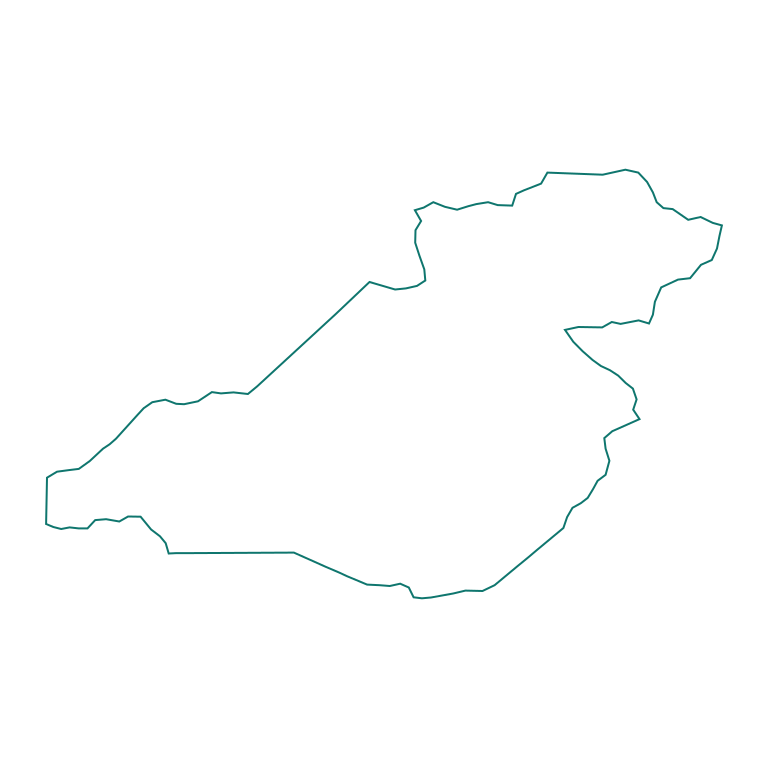 the district of Três Coroas, Rio Grande do Sul, Brazil
{"feature_id": "56859067B74226062291931", "entity_name": "Três Coroas", "entity_type": "district", "adm_level": 2, "iso_a3": "BRA", "parent_name": "Brazil", "parent_adm1": "Rio Grande do Sul", "projection": "robinson", "projection_center": [-50.767, -29.471], "detail": "fine", "context": "isolated", "style": "outline", "palette": "teal", "viewbox_px": 768, "rotation_deg": 0, "n_neighbors": 0, "source": "geoboundaries", "source_scale": "gbopen_adm2", "svg_char_len": 1711}
<svg xmlns="http://www.w3.org/2000/svg" viewBox="0 0 768 768"><path d="M369.5,282.0L336.1,313.7L257.0,386.5L247.9,394.0L233.5,392.4L221.0,393.4L211.9,392.1L198.0,401.3L184.1,404.2L176.2,403.8L165.4,399.7L152.3,402.2L143.7,408.2L137.7,414.7L116.0,438.7L109.6,444.3L103.0,448.7L89.8,461.0L78.8,468.9L68.2,470.2L57.0,471.7L47.0,477.7L46.1,524.0L53.3,527.0L61.2,529.0L69.6,527.4L78.7,528.4L87.5,528.4L95.2,520.1L106.1,519.2L119.3,521.5L128.1,516.5L140.6,516.7L151.1,529.5L160.0,536.3L165.7,543.2L168.7,553.5L176.7,553.1L193.8,553.1L293.9,552.6L325.7,566.8L339.5,572.7L347.0,576.2L367.1,584.6L379.6,585.2L389.8,586.0L400.2,583.7L408.8,587.5L413.6,597.3L421.9,598.3L431.0,597.5L453.2,593.5L465.4,590.6L482.5,591.0L494.6,585.2L517.7,566.0L528.2,557.4L537.3,549.7L563.4,528.0L567.1,517.1L572.5,507.8L580.8,503.2L587.7,497.9L593.1,489.0L597.6,480.8L605.6,474.8L609.4,460.8L605.6,448.7L604.3,438.1L612.3,431.2L639.5,419.1L633.2,409.7L636.6,399.4L632.9,388.6L625.7,383.0L618.2,375.6L609.9,370.2L600.9,366.0L592.6,360.0L582.6,351.2L573.3,341.8L565.0,329.9L578.4,327.0L602.2,327.4L611.8,322.0L620.6,323.9L638.6,320.4L649.0,323.5L652.9,314.7L654.9,301.8L661.2,287.4L678.0,279.6L690.1,278.2L701.0,264.8L711.8,260.0L717.0,248.5L719.5,235.8L721.9,225.4L712.8,222.9L700.6,217.0L688.2,219.8L672.7,209.1L663.4,208.1L656.7,202.2L652.9,192.4L647.1,182.0L638.3,172.6L625.4,169.7L602.7,174.7L547.4,172.6L541.1,183.6L524.0,190.3L516.0,193.9L512.2,205.6L497.7,205.1L488.1,202.2L476.3,204.1L468.3,206.2L457.1,209.7L444.9,206.8L433.3,202.2L423.7,207.6L414.9,210.2L421.1,221.0L415.5,230.2L415.2,242.7L419.4,255.6L424.3,269.4L425.3,280.5L417.0,285.9L405.9,288.4L395.1,289.5L369.5,282.0Z" fill="none" stroke="#0f766e" stroke-width="2"/></svg>